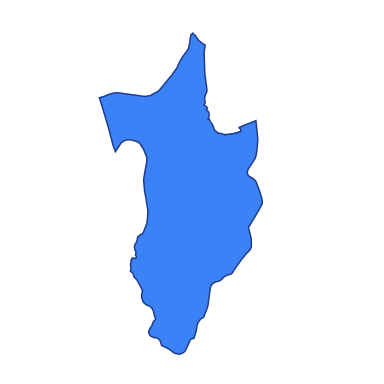 Bachiangchaleunsook, Champasak, Laos, rotated 164°
{"feature_id": "54806243B89644559951637", "entity_name": "Bachiangchaleunsook", "entity_type": "district", "adm_level": 2, "iso_a3": "LAO", "parent_name": "Laos", "parent_adm1": "Champasak", "projection": "equal_earth", "projection_center": [105.973, 15.25], "detail": "fine", "context": "isolated", "style": "filled", "palette": "blue", "viewbox_px": 384, "rotation_deg": 164, "n_neighbors": 0, "source": "geoboundaries", "source_scale": "gbopen_adm2", "svg_char_len": 5839}
<svg xmlns="http://www.w3.org/2000/svg" viewBox="0 0 384 384"><g transform="rotate(164 192 192)"><path d="M273.1,132.8L272.5,131.9L271.1,129.9L271.1,126.1L269.5,123.4L268.6,120.3L267.6,115.5L266.7,110.4L268.3,108.2L269.6,104.0L269.1,99.1L266.9,96.0L264.1,93.9L262.5,91.2L261.9,88.2L262.2,83.4L262.2,82.7L261.9,81.4L261.9,80.6L262.2,79.8L263.4,78.8L264.8,78.2L267.9,74.0L270.0,72.6L271.1,70.9L272.1,70.1L272.5,67.9L271.5,64.8L270.0,63.7L268.8,62.6L267.7,62.0L266.5,61.7L265.6,61.0L264.5,59.7L263.9,58.4L263.6,56.8L263.6,54.6L263.5,53.0L262.9,52.2L261.1,50.8L258.5,48.3L256.8,46.5L255.6,45.0L254.3,43.0L253.2,41.9L249.0,39.5L246.0,39.6L244.5,40.1L243.0,40.6L240.2,43.5L238.5,45.5L237.3,46.8L235.0,49.7L234.3,50.5L233.3,50.9L232.3,51.0L231.1,50.8L230.6,50.6L227.0,56.2L226.3,57.3L225.6,58.6L225.1,59.6L224.6,60.9L223.3,63.2L222.6,64.3L222.0,65.0L220.5,66.1L219.9,66.6L219.3,67.1L218.7,67.4L218.0,67.7L216.9,68.0L216.2,68.2L215.3,68.4L214.2,69.9L213.2,71.2L211.4,73.5L209.2,76.5L207.7,79.0L203.8,88.0L202.7,90.5L201.3,93.6L200.1,95.9L198.9,97.1L197.5,98.2L195.6,98.7L193.3,99.1L191.6,98.9L189.2,99.2L187.8,99.7L185.3,101.1L184.0,101.9L181.7,102.2L179.4,102.4L177.3,102.3L176.0,102.8L174.6,103.9L172.4,106.0L165.1,111.8L161.9,114.3L159.9,115.5L157.5,117.4L155.7,118.4L153.6,119.4L152.0,120.6L150.8,122.0L150.0,123.2L149.5,124.8L149.0,126.6L148.7,128.0L148.2,129.5L147.7,134.5L147.6,139.3L147.8,141.4L147.4,142.4L138.9,150.3L132.1,156.8L128.5,160.6L127.9,161.1L127.3,162.8L126.8,164.5L126.7,166.9L126.8,174.4L127.6,184.3L128.3,186.0L129.0,187.5L132.8,191.5L133.5,193.0L133.6,194.5L133.4,195.9L132.6,197.1L131.6,198.6L127.7,202.0L124.0,205.1L122.1,206.8L120.4,209.3L118.3,213.8L116.4,218.6L114.4,224.1L113.8,226.6L110.9,243.0L128.9,241.1L128.9,240.3L128.8,240.1L128.6,240.0L128.4,239.9L128.2,239.8L128.1,239.6L128.0,239.1L128.0,238.8L128.0,238.5L128.0,238.2L128.0,237.9L128.3,237.6L128.3,237.4L128.3,236.9L128.6,236.7L128.8,236.7L129.3,236.8L129.6,236.6L129.8,236.7L130.1,236.8L130.3,236.8L130.7,236.6L131.0,236.6L131.3,236.7L131.6,236.7L132.1,236.6L132.4,236.6L132.8,236.7L133.1,236.5L133.5,236.2L133.8,236.5L134.1,236.8L134.8,236.8L135.5,236.8L136.1,236.7L136.4,236.8L137.0,236.8L137.5,236.8L138.2,237.1L138.7,237.3L140.3,237.1L141.3,237.5L142.2,237.9L143.2,237.7L143.6,237.8L144.0,237.6L144.3,237.6L144.5,237.7L144.9,238.3L145.1,238.6L145.3,238.8L145.6,238.9L146.2,239.1L146.6,239.2L147.5,239.8L148.1,240.3L148.5,240.5L148.8,240.7L149.2,240.8L150.1,240.9L150.3,241.0L150.5,241.3L150.7,241.7L150.9,242.0L151.4,242.4L151.7,242.7L151.8,243.0L152.0,243.5L152.3,243.9L152.5,244.1L152.7,244.4L152.9,244.6L153.0,244.7L153.1,245.0L153.2,245.3L153.3,245.9L153.4,246.8L153.5,248.9L153.6,249.7L153.8,251.2L154.0,252.0L154.2,252.7L154.5,253.3L154.7,253.8L154.9,254.4L155.0,254.8L155.1,255.4L155.2,256.1L155.3,256.7L155.3,257.2L155.4,257.4L155.5,257.6L155.9,257.7L156.1,257.6L156.5,257.5L156.4,257.8L156.1,258.3L155.7,258.8L155.2,259.4L154.8,260.0L154.7,260.4L154.5,261.0L154.3,261.6L154.1,262.2L154.0,262.6L154.0,263.1L154.0,264.0L154.1,264.6L154.2,265.0L154.4,265.4L154.6,265.7L155.2,266.3L155.5,266.7L155.5,266.9L155.5,267.1L155.4,267.3L155.2,267.5L154.7,267.7L154.4,267.8L154.2,268.0L154.0,268.4L154.1,268.6L154.3,269.0L154.4,269.6L154.6,270.0L154.8,270.3L155.3,270.9L155.6,271.2L156.3,271.9L156.4,272.0L156.4,272.4L156.3,272.5L156.2,272.8L155.8,273.1L155.2,273.6L154.9,273.9L154.7,274.2L154.6,274.5L154.5,275.0L154.5,275.6L154.5,276.1L154.5,276.6L154.4,277.1L154.2,278.1L153.1,280.8L150.8,283.3L149.8,285.0L149.3,287.1L147.1,302.1L142.3,321.2L141.1,324.8L139.9,327.0L138.9,329.7L141.2,332.2L142.9,334.5L143.9,336.0L145.3,340.3L145.6,341.2L146.0,342.1L146.6,342.6L147.1,343.5L147.3,344.5L149.8,343.3L152.5,337.5L153.5,335.3L155.8,331.0L156.9,329.8L159.0,328.2L163.1,325.1L168.4,320.2L171.2,316.7L172.6,315.1L177.3,311.6L179.1,309.9L181.1,308.7L195.3,298.9L196.7,298.3L197.9,297.8L198.7,297.8L202.1,297.0L203.5,296.7L205.1,296.2L206.4,296.2L208.4,296.5L210.2,296.7L211.9,297.3L213.5,297.9L215.5,298.8L236.8,308.2L240.7,308.7L243.7,308.8L246.4,308.6L250.1,308.1L253.2,308.1L253.3,308.2L255.1,308.1L254.8,299.1L254.6,277.6L255.0,258.2L254.5,251.9L246.7,258.6L245.5,259.2L244.3,259.6L243.0,259.9L241.7,260.1L238.5,259.7L236.6,259.0L234.8,258.1L234.1,257.4L231.9,256.4L230.6,255.2L229.1,253.5L228.2,251.4L227.6,248.9L226.8,246.5L226.0,238.9L226.2,236.5L226.6,234.8L232.5,222.8L233.9,219.7L234.9,217.7L235.4,215.8L235.9,213.2L236.6,209.9L237.2,206.7L237.6,202.9L237.8,200.7L239.5,186.6L240.2,184.3L241.4,180.6L242.7,177.3L244.2,174.1L247.5,169.8L249.2,167.4L250.7,166.0L251.0,165.6L251.5,165.4L252.1,165.3L253.2,165.3L253.4,165.3L253.7,165.2L254.1,165.0L254.2,164.9L254.6,164.5L254.8,164.4L255.0,164.2L255.9,164.2L256.0,164.1L256.4,163.9L256.7,163.7L256.8,163.5L257.0,163.2L257.2,162.7L257.4,162.2L257.6,161.7L257.8,161.2L257.9,160.9L258.1,160.6L258.4,160.3L258.6,160.1L258.9,159.5L259.0,159.3L259.4,158.8L259.6,158.7L259.9,158.5L260.4,158.2L260.6,158.0L260.9,157.5L261.1,157.3L261.3,157.0L262.0,156.1L262.2,155.8L262.4,155.4L262.5,155.0L262.6,154.7L262.6,153.4L262.6,153.0L262.8,152.3L262.8,151.9L262.8,151.5L262.8,151.3L262.6,150.7L262.4,150.3L262.4,150.0L262.5,149.5L262.6,149.1L262.8,148.7L262.9,148.4L263.1,148.1L263.2,147.9L263.6,147.5L263.7,147.2L263.7,146.8L263.6,146.4L263.4,146.0L263.4,145.7L263.3,145.4L263.3,145.0L263.4,144.7L263.5,144.5L263.7,144.3L263.9,144.2L264.2,144.1L264.5,143.8L264.8,143.8L265.1,143.8L265.3,143.9L265.6,144.2L266.0,144.5L266.4,144.7L267.1,144.5L267.5,144.6L267.8,145.0L267.9,144.8L268.1,144.5L268.4,144.0L268.5,143.7L268.8,143.7L269.1,143.6L269.2,143.4L269.5,142.8L269.8,141.6L270.0,141.0L270.1,140.9L270.3,140.6L270.7,140.1L270.9,139.8L271.0,139.5L271.1,139.0L271.3,138.5L271.3,138.0L271.5,137.0L271.5,136.6L271.7,136.1L271.7,135.7L271.7,135.1L273.1,132.8Z" fill="#3b82f6" stroke="#1e3a8a" stroke-width="1.5"/></g></svg>